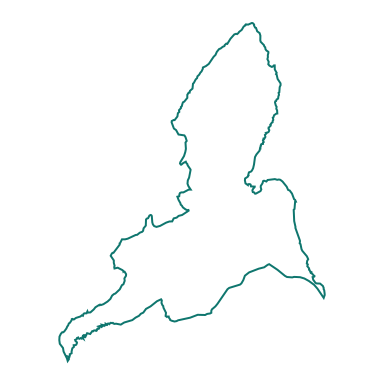 Kakonko, Kigoma, United Republic of Tanzania
{"feature_id": "72390352B1364689767312", "entity_name": "Kakonko", "entity_type": "district", "adm_level": 2, "iso_a3": "TZA", "parent_name": "United Republic of Tanzania", "parent_adm1": "Kigoma", "projection": "natural_earth1", "projection_center": [30.86, -3.21], "detail": "fine", "context": "isolated", "style": "outline", "palette": "teal", "viewbox_px": 384, "rotation_deg": 0, "n_neighbors": 0, "source": "geoboundaries", "source_scale": "gbopen_adm2", "svg_char_len": 5937}
<svg xmlns="http://www.w3.org/2000/svg" viewBox="0 0 384 384"><path d="M308.2,259.2L306.9,256.3L302.3,250.8L301.5,249.1L300.5,244.1L299.7,243.4L300.0,241.0L299.7,240.0L295.4,227.9L295.5,227.0L294.2,221.1L293.7,209.8L294.5,209.0L295.1,201.8L295.9,201.7L295.1,199.9L294.1,199.2L292.0,193.6L289.7,190.5L288.1,189.9L286.7,186.7L282.5,181.5L280.3,179.8L278.9,179.5L277.2,179.8L274.9,179.1L267.6,180.0L266.4,181.5L264.0,180.7L263.1,181.1L262.5,183.3L260.8,185.9L260.7,187.2L261.3,189.4L260.5,191.1L255.9,193.6L255.1,193.7L254.1,192.4L252.8,192.1L252.6,191.4L252.4,190.2L253.4,188.4L254.6,187.2L254.7,186.6L251.0,186.4L250.6,184.6L249.8,184.1L248.6,184.1L248.0,184.4L247.9,185.1L245.5,183.4L244.9,180.3L245.1,178.5L247.8,176.7L248.4,175.6L248.1,175.5L248.9,172.4L251.1,171.5L251.9,170.6L253.1,168.3L254.0,164.5L255.0,157.1L256.4,154.5L259.6,150.6L260.0,148.3L260.4,148.4L260.5,146.3L261.0,145.8L260.8,145.2L261.4,144.1L263.0,143.9L262.9,142.7L263.7,142.0L262.9,140.6L263.5,138.7L264.1,139.1L265.4,136.9L264.9,134.9L267.1,132.7L266.9,132.6L268.3,132.2L268.8,131.6L269.3,130.1L268.5,128.7L268.6,127.7L269.0,127.7L269.7,126.5L270.6,125.8L270.8,125.0L270.4,124.6L271.7,122.8L272.6,122.3L272.7,120.8L273.3,119.9L272.8,117.7L273.4,117.4L274.1,115.2L276.4,113.6L277.3,113.5L277.1,110.3L276.3,108.8L276.6,106.8L275.8,105.5L275.0,102.4L275.3,101.3L276.1,101.0L276.6,99.5L278.1,98.6L278.4,96.2L279.0,94.9L278.6,92.8L279.3,92.3L279.7,87.1L280.6,85.1L280.5,83.3L277.6,78.9L276.7,74.8L276.0,74.1L276.7,72.9L274.8,69.5L274.7,65.4L273.9,65.4L272.6,66.7L271.7,66.9L269.5,65.7L268.3,64.3L268.7,61.8L267.4,59.1L267.9,57.2L267.8,55.1L268.4,52.9L268.3,51.8L266.3,50.4L265.5,49.2L265.2,47.3L264.3,46.4L264.0,45.2L260.7,41.8L260.3,40.3L260.4,35.7L259.6,33.1L257.2,31.3L256.0,27.9L255.1,27.6L254.0,25.4L254.1,24.5L252.7,23.1L251.8,23.0L248.2,24.6L245.8,24.4L245.3,24.9L245.4,25.4L243.7,26.5L241.7,29.9L239.1,31.9L238.3,33.1L237.1,34.1L236.1,33.8L234.3,34.4L230.5,38.7L227.3,43.9L226.3,43.6L224.7,45.1L224.4,46.1L222.7,46.8L220.5,48.6L219.3,48.9L218.4,49.9L216.8,51.9L215.5,54.9L213.6,56.8L208.8,63.9L205.9,66.1L202.9,67.5L202.8,68.8L201.5,71.5L200.4,72.6L199.2,74.7L197.4,76.4L197.1,78.1L195.7,79.4L193.9,82.8L193.0,83.7L192.5,88.6L190.0,90.8L189.6,92.7L188.6,92.7L187.3,94.8L187.3,97.9L184.2,101.7L183.1,102.2L182.7,102.9L181.7,106.4L180.9,107.0L180.9,108.2L179.0,110.2L179.3,111.9L177.9,113.2L177.4,116.5L174.6,120.1L173.7,120.0L171.8,121.0L171.6,122.3L173.9,128.5L176.1,130.1L178.5,134.5L184.4,135.4L185.5,137.1L186.7,140.9L185.5,142.5L185.9,148.9L185.3,152.0L184.0,156.1L180.3,162.2L180.0,163.5L180.9,164.7L181.3,164.7L183.3,163.0L185.8,161.7L186.5,163.3L187.3,164.0L187.7,165.4L190.4,169.3L190.6,169.8L189.1,177.6L187.8,180.4L187.5,183.7L188.4,186.1L190.7,189.6L188.7,189.6L183.4,192.4L181.3,192.4L180.0,193.0L179.5,194.0L179.2,196.3L177.4,196.7L178.6,200.0L180.4,203.2L180.7,204.6L181.9,205.7L182.9,207.4L185.7,209.5L187.5,210.2L188.4,210.0L188.6,210.7L182.1,215.0L178.6,215.9L176.7,217.6L173.7,218.4L172.2,221.4L169.4,221.5L166.2,222.6L160.1,225.9L156.5,226.9L154.2,226.1L152.9,224.4L152.3,222.4L151.8,216.0L151.3,215.2L150.5,215.0L149.4,215.6L148.1,218.2L146.6,218.7L146.0,219.7L145.8,225.6L143.6,228.3L143.1,230.8L142.2,231.8L139.8,232.7L137.2,234.8L135.6,235.0L127.7,238.7L125.2,239.3L122.0,239.3L120.1,243.1L119.6,243.4L119.7,244.6L113.5,252.8L113.0,252.7L111.9,253.4L110.7,255.8L113.8,260.4L113.8,262.9L114.6,265.8L114.2,267.1L114.5,268.5L117.7,267.7L122.4,270.1L123.2,270.8L123.4,271.7L123.8,271.4L124.6,271.7L126.1,274.2L126.0,275.8L124.4,278.4L124.7,280.8L123.4,284.3L121.9,285.2L119.8,289.3L115.4,293.5L113.9,294.1L112.1,295.6L110.4,298.9L107.6,301.5L103.4,304.2L101.1,305.0L100.1,304.6L99.6,305.3L98.9,305.1L95.4,307.3L93.8,309.4L90.4,312.4L87.8,312.6L87.4,311.4L86.5,313.3L84.4,313.3L83.6,313.8L82.9,315.8L81.9,315.3L80.4,316.5L76.0,317.9L73.8,319.5L72.5,318.9L71.8,319.1L71.7,320.1L69.9,322.8L68.8,323.5L68.1,325.5L67.3,326.4L66.4,328.5L64.3,331.4L63.2,332.3L62.3,332.2L60.9,333.7L59.5,336.6L59.3,340.1L59.8,343.8L63.0,348.0L63.6,351.6L66.9,358.3L67.7,361.0L68.9,359.2L68.8,357.3L68.4,356.6L69.4,356.9L69.9,355.2L69.8,354.2L71.6,353.3L71.6,351.5L72.3,348.3L73.9,346.9L73.7,345.2L75.6,345.1L76.3,344.6L77.0,342.8L76.7,342.0L75.6,341.2L75.1,339.9L76.6,339.2L77.1,337.9L78.0,337.6L78.0,338.3L79.5,338.8L80.5,338.1L81.6,338.6L82.1,337.7L83.2,338.6L82.7,337.2L82.9,335.9L83.9,336.0L84.1,336.9L84.9,337.1L85.0,336.6L84.3,335.1L85.1,335.1L85.8,336.0L87.1,333.2L90.2,334.0L92.3,331.1L93.1,331.3L93.9,330.5L94.8,330.4L96.2,330.9L96.8,330.5L96.6,329.8L97.6,328.6L98.2,328.9L99.2,328.5L99.3,326.8L98.6,326.4L101.0,325.7L100.8,326.7L101.5,327.0L102.4,325.4L102.0,324.8L103.0,325.0L103.1,325.9L104.1,325.3L104.6,325.7L105.1,324.8L105.8,324.9L105.7,323.8L107.2,324.7L107.6,323.7L108.9,323.5L109.3,324.1L110.8,322.8L112.4,323.2L112.9,322.9L114.2,323.9L116.1,323.7L120.8,324.6L124.2,322.5L132.3,320.1L135.6,317.6L139.0,315.8L140.8,313.8L143.3,312.6L146.0,308.9L150.5,306.4L157.0,301.2L161.1,299.3L161.8,300.4L161.5,303.0L162.5,305.3L163.2,306.0L163.5,307.8L166.0,312.8L165.6,316.0L166.8,316.9L167.1,316.5L168.7,316.5L168.8,317.5L170.0,319.2L170.2,320.0L171.6,320.7L174.5,321.5L176.6,321.1L178.1,320.3L190.1,317.7L197.7,314.8L205.1,315.0L207.2,313.9L210.0,313.5L211.3,312.8L211.3,310.8L211.9,309.4L215.4,306.4L217.5,303.8L227.5,289.2L229.2,287.9L240.0,284.6L241.4,283.4L243.3,280.1L244.9,275.7L249.1,272.4L258.7,268.7L264.2,267.3L267.7,264.8L269.2,264.2L277.5,269.8L285.0,275.9L287.0,277.0L292.2,277.4L294.1,276.9L300.1,277.2L304.4,278.5L308.9,281.0L314.1,284.8L317.4,288.6L323.7,297.9L324.7,295.0L324.6,293.3L324.2,290.2L323.6,289.0L323.7,288.0L322.9,286.0L320.1,283.6L316.4,283.4L315.4,282.8L313.2,279.7L312.6,277.1L314.3,276.6L314.5,276.1L312.6,274.4L312.3,273.6L310.8,273.0L310.6,272.6L311.2,272.0L310.1,271.3L309.5,269.9L309.0,269.7L309.1,268.4L307.3,266.2L307.8,264.4L306.8,263.6L307.2,260.8L308.2,259.2Z" fill="none" stroke="#0f766e" stroke-width="2"/></svg>